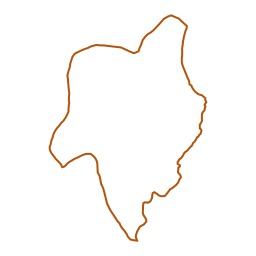 Irele, Ondo, Nigeria (Robinson projection)
{"feature_id": "59680162B53064832422435", "entity_name": "Irele", "entity_type": "district", "adm_level": 2, "iso_a3": "NGA", "parent_name": "Nigeria", "parent_adm1": "Ondo", "projection": "robinson", "projection_center": [5.017, 6.506], "detail": "fine", "context": "isolated", "style": "outline", "palette": "amber", "viewbox_px": 256, "rotation_deg": 0, "n_neighbors": 0, "source": "geoboundaries", "source_scale": "gbopen_adm2", "svg_char_len": 2851}
<svg xmlns="http://www.w3.org/2000/svg" viewBox="0 0 256 256"><path d="M67.0,163.8L69.6,161.8L72.2,160.3L74.4,158.9L76.9,157.9L78.7,156.9L83.0,154.9L83.5,154.7L84.5,154.4L86.0,153.9L87.7,153.9L90.7,153.9L94.2,156.8L95.9,159.2L96.8,161.2L96.9,161.8L97.3,163.6L97.5,167.9L97.7,171.8L97.7,172.4L99.2,175.2L99.5,175.8L100.4,179.7L100.7,181.5L101.2,184.1L101.7,185.0L102.1,185.9L103.4,188.9L105.1,195.5L106.9,203.0L109.6,208.9L111.7,212.3L113.0,214.2L114.3,216.2L116.5,219.6L117.4,221.0L119.6,223.4L120.4,225.4L122.6,228.8L124.8,231.2L125.2,231.9L125.7,232.7L127.0,234.6L127.8,236.6L129.1,238.0L130.0,239.0L131.0,239.7L134.8,240.4L137.1,240.6L135.9,237.4L135.9,235.5L137.0,231.9L139.0,228.2L139.9,226.7L143.9,224.4L146.3,221.6L146.1,219.2L144.6,216.8L143.2,214.5L142.8,212.7L143.0,209.7L143.0,205.9L143.2,204.8L143.5,203.0L144.9,202.3L148.1,202.7L150.3,201.4L151.8,198.5L152.2,196.8L152.2,195.4L152.7,193.3L152.7,193.1L154.4,192.2L156.6,193.6L159.0,195.5L160.2,196.0L160.6,196.2L163.0,196.2L165.1,195.8L165.5,195.3L166.8,193.7L168.6,191.4L169.9,189.5L172.5,187.9L175.9,185.2L178.1,182.6L179.5,179.2L180.8,177.6L180.8,176.5L180.3,175.2L179.7,174.2L178.1,172.6L178.0,171.1L178.3,169.5L178.4,167.5L179.8,166.6L179.9,165.3L178.7,164.6L177.6,163.8L177.7,161.9L178.7,160.6L179.2,159.5L181.3,157.9L182.9,155.6L184.5,152.6L187.3,150.6L189.8,147.6L192.0,145.5L193.0,143.1L194.8,141.5L196.7,138.1L197.5,136.9L198.4,136.6L199.0,135.1L200.2,134.2L201.2,132.0L201.4,130.4L200.7,129.1L200.3,128.9L199.8,128.5L199.8,126.3L199.8,124.8L201.1,122.8L201.9,121.0L201.9,115.6L202.1,113.5L203.0,111.9L204.5,110.3L204.9,107.8L205.4,106.4L204.6,104.6L205.4,103.4L206.3,102.2L205.5,100.3L205.2,99.6L205.3,98.2L201.8,95.2L198.3,94.2L195.3,91.8L194.4,90.8L193.6,89.8L191.8,86.9L191.4,85.5L189.5,84.4L189.2,81.6L188.3,79.1L187.5,77.7L186.2,74.3L185.3,72.3L184.4,69.9L183.3,67.4L183.1,67.0L182.2,64.1L181.8,62.1L181.8,58.2L182.2,54.8L182.2,52.9L182.2,51.4L182.1,48.5L182.6,45.5L183.0,41.6L183.8,37.5L183.8,37.2L184.7,33.8L185.5,30.9L186.8,27.9L186.8,26.0L182.0,21.6L180.9,20.6L179.0,18.7L171.2,15.4L168.2,16.4L166.4,17.4L163.8,18.9L162.9,19.9L159.4,24.0L153.6,30.1L150.6,32.6L148.0,34.0L145.4,36.5L142.8,39.9L140.7,45.8L139.8,47.3L138.6,51.2L137.3,51.8L134.0,53.2L133.2,52.9L129.3,51.3L120.9,47.4L112.7,46.5L106.7,45.8L104.2,45.4L101.1,45.4L96.0,45.0L90.8,46.5L87.8,48.0L84.8,49.0L82.0,50.1L74.8,53.6L72.5,56.8L70.4,63.1L69.7,67.7L68.7,70.5L67.4,75.4L67.9,78.9L68.4,85.3L68.8,89.6L69.3,93.5L69.0,96.2L68.9,97.5L68.9,100.9L69.3,102.3L68.9,104.8L68.5,108.7L68.5,111.6L68.2,112.3L67.2,114.5L66.0,117.0L63.4,120.9L61.2,122.9L60.5,124.0L59.5,125.3L56.9,128.3L55.2,130.7L53.5,134.1L52.7,137.1L51.4,140.5L50.6,144.5L49.7,146.9L49.7,148.4L50.2,150.8L51.5,153.2L54.1,156.6L55.8,159.0L60.6,163.8L62.3,167.2L64.0,166.7L65.8,165.3L67.0,163.8Z" fill="none" stroke="#b45309" stroke-width="2"/></svg>